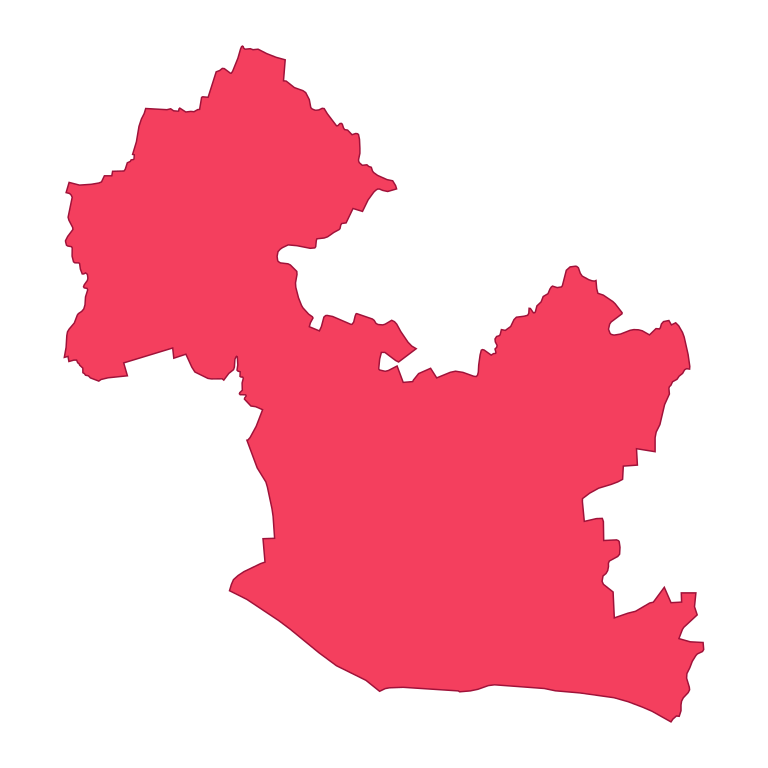 outline of Cho Gao, Tiền Giang, Vietnam
{"feature_id": "81297802B70172971551103", "entity_name": "Cho Gao", "entity_type": "district", "adm_level": 2, "iso_a3": "VNM", "parent_name": "Vietnam", "parent_adm1": "Tiền Giang", "projection": "robinson", "projection_center": [106.446, 10.395], "detail": "fine", "context": "isolated", "style": "filled", "palette": "rose", "viewbox_px": 768, "rotation_deg": 0, "n_neighbors": 0, "source": "geoboundaries", "source_scale": "gbopen_adm2", "svg_char_len": 6041}
<svg xmlns="http://www.w3.org/2000/svg" viewBox="0 0 768 768"><path d="M459.6,691.8L470.3,690.9L477.9,689.3L488.3,685.6L494.5,684.8L544.4,688.5L555.4,690.8L579.7,692.9L614.0,697.7L628.1,701.7L642.4,707.1L651.9,711.2L671.0,721.9L672.9,719.1L676.4,716.0L679.2,716.3L681.0,710.7L681.0,704.9L681.6,701.1L683.3,697.8L688.2,692.6L689.6,689.8L689.3,687.1L686.6,678.2L686.9,673.6L689.8,667.8L692.3,661.3L695.9,655.5L697.4,653.9L702.5,651.5L703.7,649.5L703.1,642.5L690.1,641.8L678.9,638.6L682.4,629.5L683.8,627.3L697.2,614.9L694.5,606.7L695.9,592.9L681.3,592.9L681.6,602.1L671.0,602.7L664.3,587.3L653.3,602.2L649.7,603.0L635.5,611.3L627.9,613.2L614.3,617.9L613.1,592.0L603.4,584.3L602.1,581.3L603.0,576.0L606.0,573.5L607.7,570.6L608.5,566.5L608.4,563.2L609.4,561.0L617.8,556.4L619.6,554.2L620.0,547.3L619.2,541.7L618.5,540.7L616.6,539.9L603.7,540.5L603.4,521.6L602.3,518.4L596.4,518.6L584.3,521.4L582.4,501.6L582.5,498.6L589.6,493.2L598.6,488.2L611.2,484.4L617.8,481.9L622.6,479.3L623.3,466.1L637.4,465.1L636.5,448.7L655.1,451.7L655.1,437.7L656.2,432.0L659.9,424.6L664.6,404.6L669.4,394.0L668.9,388.4L669.4,386.7L670.9,385.3L672.5,381.8L677.0,379.3L679.1,376.2L682.6,373.4L684.6,369.8L686.6,368.7L689.6,369.1L689.8,366.4L688.1,354.5L684.2,337.1L682.5,332.4L678.7,325.8L675.7,322.8L671.4,324.9L668.9,320.5L663.5,321.6L661.4,324.0L660.4,327.6L659.5,328.9L656.0,328.6L649.5,334.9L642.3,330.8L638.5,329.8L633.8,329.6L630.1,330.3L620.4,334.1L614.0,335.1L611.2,334.4L610.0,333.2L608.5,329.2L609.7,324.0L611.2,321.9L622.0,313.8L622.1,312.7L615.2,303.8L612.9,301.6L603.3,295.1L597.9,293.3L596.7,288.6L596.0,280.5L594.5,281.1L592.0,280.8L588.8,279.7L582.2,276.1L580.3,273.3L578.4,267.8L576.7,266.4L575.4,266.2L570.1,266.9L566.3,270.3L562.4,285.6L561.5,286.9L557.2,287.6L552.5,286.1L551.3,287.0L549.9,289.1L548.0,293.7L543.2,296.5L541.1,301.9L536.9,305.9L535.4,311.7L534.7,312.7L533.4,312.8L530.4,308.5L529.1,308.3L528.8,313.3L527.6,315.3L524.2,316.2L516.4,317.2L514.0,319.6L510.7,326.5L505.3,330.4L501.4,329.6L500.1,334.8L499.0,335.8L496.6,336.5L495.0,339.0L495.3,341.9L497.1,345.4L496.7,347.3L495.0,349.0L495.9,352.4L495.6,353.4L493.5,353.6L491.2,355.1L484.1,350.0L482.4,349.6L481.3,350.2L480.1,354.9L478.7,365.0L478.3,372.2L477.5,375.2L476.3,376.5L473.9,376.3L463.0,372.4L455.5,371.2L450.3,372.3L436.7,377.9L430.6,368.3L418.6,373.6L413.4,380.1L412.7,381.6L403.2,382.4L397.1,366.0L388.4,370.5L385.2,371.3L379.6,370.0L378.8,369.1L378.8,367.8L379.7,358.9L381.4,352.4L384.9,352.4L395.6,360.5L398.6,362.0L416.2,348.7L411.8,346.1L408.0,342.2L400.8,331.6L396.7,324.1L394.5,321.7L391.7,320.3L385.1,324.2L382.7,324.9L378.0,324.5L376.0,323.4L374.2,320.4L372.4,319.0L356.7,313.6L356.0,313.9L355.1,316.2L353.7,322.1L352.0,324.3L351.0,324.4L332.7,316.5L327.1,315.4L325.6,315.6L323.9,317.1L321.4,326.6L319.4,330.9L309.3,326.7L310.4,322.8L313.0,318.0L312.4,316.8L308.6,314.1L302.9,307.8L301.5,305.4L298.5,297.8L295.8,287.3L295.5,282.9L297.0,274.5L296.8,271.4L290.4,265.0L288.0,263.8L280.4,262.9L278.4,261.6L277.7,260.7L277.1,256.4L278.0,251.7L280.2,249.2L282.5,247.6L288.2,244.9L297.0,245.7L310.2,248.3L314.8,247.9L315.7,246.7L316.3,240.6L316.9,238.8L324.2,238.0L327.6,236.8L333.9,232.4L339.1,229.6L340.0,228.6L340.8,224.9L341.7,223.5L346.1,222.9L353.0,208.5L362.5,211.4L368.1,199.9L373.8,192.1L375.7,190.3L377.5,189.1L379.4,189.0L382.7,190.4L387.7,191.5L396.6,188.9L395.6,185.6L392.7,180.8L387.0,179.6L377.6,175.4L373.6,172.5L372.5,171.0L371.3,167.3L368.7,166.4L366.9,164.8L362.3,165.3L359.3,162.7L358.6,161.0L358.6,159.4L359.9,153.3L359.9,148.3L359.5,139.3L358.5,134.5L357.4,133.7L355.7,133.5L352.0,134.7L347.6,130.1L344.6,129.6L343.5,127.9L342.3,124.2L341.4,123.4L340.0,123.5L337.8,125.7L336.5,125.8L327.3,113.7L324.2,108.6L322.2,108.3L318.9,109.9L316.6,110.2L315.1,110.2L312.2,109.0L310.8,107.6L309.3,99.6L305.7,92.6L303.0,90.7L294.4,87.6L286.2,81.1L283.5,80.8L285.2,59.8L276.1,57.3L266.7,53.6L258.1,49.2L253.0,49.7L250.3,48.7L245.1,49.2L243.6,48.0L243.2,46.6L242.5,46.1L241.6,46.6L240.6,48.8L237.9,58.2L232.6,71.3L231.3,73.2L230.4,73.2L224.3,68.6L222.3,68.4L219.7,70.5L216.2,71.8L208.1,97.3L202.7,96.8L201.6,97.4L199.6,109.4L197.7,109.6L194.0,111.7L190.8,111.4L185.8,112.0L179.8,108.1L179.0,108.9L178.6,111.0L178.0,111.2L173.6,110.8L170.7,108.8L166.9,109.7L145.7,108.5L144.2,113.5L141.4,119.0L139.0,126.3L136.4,141.8L132.6,154.4L134.3,154.8L134.0,158.9L133.5,159.5L131.1,159.9L130.3,161.4L127.3,162.8L125.2,169.4L123.9,171.0L112.6,171.3L111.8,175.8L104.4,175.8L101.5,181.9L98.9,183.0L91.2,184.3L79.5,185.1L69.1,182.4L66.1,192.6L69.6,193.5L71.2,195.1L72.2,197.3L68.1,217.2L68.9,220.2L72.7,227.5L72.9,229.5L67.7,236.4L65.5,240.7L65.6,241.9L66.5,245.2L67.7,246.0L71.5,246.7L72.2,247.9L72.1,256.2L73.5,261.8L74.8,262.8L78.8,262.9L79.6,263.6L80.4,269.2L82.2,273.9L83.8,273.9L85.6,272.9L87.4,274.4L87.9,278.2L87.4,280.4L84.3,284.7L83.5,286.8L84.3,287.9L87.1,288.4L87.7,289.9L85.5,296.9L85.0,304.8L83.8,308.9L81.7,311.4L78.4,313.6L77.3,315.1L74.3,323.0L69.2,329.0L67.5,331.8L66.8,335.7L66.1,347.3L64.3,357.4L68.0,356.4L68.9,361.5L73.9,360.1L76.6,360.1L77.7,362.8L78.9,363.5L79.7,365.2L82.8,368.1L82.9,372.7L84.4,373.6L85.5,375.2L88.4,375.8L90.4,377.9L98.8,381.1L101.0,379.5L108.0,377.8L127.4,375.8L123.7,362.9L172.7,348.0L173.8,358.2L185.9,354.2L191.8,367.1L194.9,372.0L207.9,378.4L211.3,378.9L222.2,378.8L223.8,380.1L228.8,373.4L233.5,369.7L234.4,367.1L234.9,359.3L236.0,356.9L236.6,356.3L237.3,356.7L237.8,365.0L237.0,370.1L237.9,371.1L240.2,371.8L240.0,376.4L241.0,377.0L242.7,377.1L243.3,378.2L242.1,383.0L242.3,390.2L239.8,392.6L239.4,393.8L240.2,394.7L245.4,394.8L246.0,395.3L246.0,396.3L244.7,397.9L244.4,399.1L250.9,406.0L255.7,406.7L262.6,409.7L256.2,426.3L250.1,437.5L247.9,440.0L246.9,440.2L257.2,467.9L265.9,482.0L267.4,487.1L272.0,508.8L273.1,516.4L274.6,538.3L263.0,538.7L265.0,562.1L260.6,563.6L244.0,571.6L238.1,575.5L233.5,579.6L231.4,584.4L229.5,590.7L246.9,599.4L278.6,620.5L289.8,628.9L319.0,652.8L336.4,665.7L365.9,680.3L379.6,691.3L385.2,688.6L389.4,687.8L403.2,687.3L458.3,690.9L459.6,691.8Z" fill="#f43f5e" stroke="#9f1239" stroke-width="1.5"/></svg>